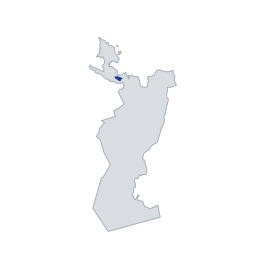 location of Akkurgan, Tashkent, Uzbekistan, rotated 246°
{"feature_id": "79887680B10165721529704", "entity_name": "Akkurgan", "entity_type": "district", "adm_level": 2, "iso_a3": "UZB", "parent_name": "Uzbekistan", "parent_adm1": "Tashkent", "projection": "albers", "projection_center": [69.03, 40.803], "detail": "fine", "context": "in_parent", "style": "filled", "palette": "blue", "viewbox_px": 256, "rotation_deg": 246, "n_neighbors": 0, "source": "geoboundaries", "source_scale": "gbopen_adm2", "svg_char_len": 4527}
<svg xmlns="http://www.w3.org/2000/svg" viewBox="0 0 256 256"><g transform="rotate(246 128 128)"><path d="M195.2,119.3L198.7,117.5L200.6,118.6L200.8,119.2L198.7,120.5L196.8,121.3L196.3,122.9L194.4,123.6L192.5,125.8L189.5,128.1L189.5,128.6L189.8,129.0L190.7,129.2L192.8,130.4L194.7,129.7L195.1,129.8L195.7,130.5L196.2,132.5L197.1,133.1L199.9,134.1L202.0,134.0L203.0,134.4L203.2,134.2L203.2,131.2L204.1,131.7L205.1,131.3L205.4,129.8L205.2,128.8L205.8,128.2L206.2,128.6L206.3,129.5L207.3,130.0L208.1,131.5L208.4,133.2L210.3,133.6L211.0,133.3L211.5,133.4L211.9,135.6L212.1,135.7L213.8,135.3L215.4,136.1L217.2,137.7L219.1,137.7L219.5,138.0L220.9,137.7L222.4,138.0L222.5,138.3L222.3,138.7L218.6,140.8L217.6,142.3L216.8,142.7L214.5,142.1L214.2,142.9L214.6,143.8L214.1,144.7L212.9,144.4L212.7,144.0L211.5,144.2L210.3,145.7L209.7,146.9L208.4,147.3L206.8,148.6L206.0,147.7L204.8,147.8L203.2,146.9L202.4,146.7L195.1,148.2L194.5,148.0L193.7,146.4L191.9,145.5L191.9,144.7L195.6,141.3L196.0,140.2L194.8,139.7L195.0,138.8L192.5,136.1L192.1,136.0L191.8,136.1L190.9,138.1L184.5,141.6L183.6,141.3L182.1,140.0L181.2,139.6L180.0,140.6L180.1,142.0L178.9,143.0L180.0,146.5L179.9,146.9L179.0,147.0L179.6,148.4L179.1,148.5L176.0,148.0L172.4,148.8L172.5,149.4L175.7,149.3L176.2,149.5L176.2,150.0L174.4,150.5L174.2,151.1L175.1,152.6L174.7,153.0L174.0,152.7L173.6,153.7L172.5,153.6L171.9,156.6L171.0,157.7L169.7,158.2L162.1,156.7L160.0,157.6L158.7,159.0L157.8,162.2L157.9,162.6L161.1,163.9L161.6,165.9L165.6,166.1L166.3,166.5L166.6,167.0L166.8,167.5L165.6,170.7L166.0,173.6L166.7,175.0L169.0,177.5L168.9,178.9L168.4,180.1L167.7,181.2L167.0,181.6L165.9,183.0L165.0,184.7L163.3,186.8L162.7,188.1L162.5,191.6L162.0,192.7L161.9,192.2L161.3,191.8L159.5,191.7L159.2,191.2L156.9,192.0L155.4,191.6L154.0,190.1L151.2,189.5L147.6,189.8L147.6,186.1L147.8,183.4L149.1,181.2L149.0,180.8L148.5,180.1L146.3,179.4L143.9,177.6L141.6,176.4L140.3,176.0L138.8,176.6L137.5,176.4L131.5,171.7L126.4,168.3L123.0,164.8L121.3,165.1L116.9,161.8L114.2,158.4L105.0,150.7L103.3,148.9L102.9,148.0L102.5,143.6L101.8,141.5L100.6,140.4L99.8,138.2L98.6,133.0L98.1,132.0L95.4,129.6L93.9,129.0L92.6,129.2L91.9,130.0L91.0,130.0L86.9,128.8L82.3,128.7L78.6,125.7L78.4,125.3L78.5,124.6L79.4,122.9L79.3,122.2L78.9,121.3L79.0,120.4L79.4,120.0L80.1,120.2L80.4,119.9L80.4,119.5L79.5,118.3L77.8,117.2L78.3,116.5L78.5,114.9L78.9,114.1L78.7,113.7L77.4,112.4L73.0,111.8L72.0,111.4L71.2,110.8L70.6,108.9L70.2,108.4L67.3,107.3L64.6,103.8L63.8,105.1L63.2,105.3L60.9,104.7L59.6,105.4L62.1,109.0L62.6,110.0L62.5,110.6L61.6,110.6L61.1,109.0L60.7,108.5L58.0,107.3L57.0,108.2L56.6,109.4L55.2,111.3L53.7,111.5L50.4,111.2L49.4,111.5L48.6,112.0L47.2,113.7L45.3,115.0L45.1,120.9L46.0,122.5L44.7,123.7L33.5,121.2L41.5,67.9L57.6,65.1L69.1,63.3L92.7,82.9L93.2,83.7L93.4,85.2L94.0,86.4L101.9,97.0L115.0,96.0L128.0,97.9L133.1,95.7L136.8,100.3L139.1,101.9L142.2,108.4L145.4,106.8L144.6,114.4L144.2,116.7L143.9,121.3L149.3,121.6L150.2,129.0L151.3,133.6L152.4,134.2L162.6,133.7L163.4,134.1L164.8,133.6L165.7,135.1L166.7,136.1L166.0,139.3L167.2,140.6L170.0,142.2L171.8,142.1L172.1,141.6L172.0,140.8L171.6,140.0L171.7,139.1L171.9,138.4L173.6,136.0L176.4,133.6L177.0,132.7L177.3,131.2L178.3,130.4L180.6,129.4L181.0,128.6L183.8,126.7L187.1,125.5L188.6,124.5L190.0,122.6L192.0,120.6L192.8,120.6L193.4,121.2L193.8,121.2L195.2,119.3ZM194.9,137.4L194.5,136.4L194.0,136.1L193.7,136.2L194.6,137.4L194.9,137.4ZM201.4,152.5L199.2,152.6L199.6,151.1L198.7,150.5L198.6,149.7L198.7,149.1L199.3,148.8L199.9,149.8L201.6,150.3L201.1,151.3L201.5,152.3L201.4,152.5ZM207.9,150.9L207.6,152.2L206.6,151.6L206.7,151.3L207.9,150.9Z" fill="#d9dde1" stroke="#a8b0b8" stroke-width="1"/><path d="M178.0,137.6L177.8,137.8L177.4,138.0L177.2,138.3L177.0,138.5L176.9,138.6L176.6,138.7L176.5,138.8L176.4,139.0L176.2,139.0L175.9,139.0L175.7,139.4L175.7,139.5L175.4,139.7L175.1,139.7L174.9,139.8L174.7,140.0L174.8,140.1L175.0,140.1L175.2,140.3L175.2,140.5L175.3,140.6L175.3,140.8L175.4,141.0L175.5,141.1L175.8,141.2L176.0,141.3L176.1,141.5L176.1,141.8L176.3,141.6L176.4,141.4L177.0,141.1L177.1,140.8L176.6,140.8L176.6,140.5L176.7,140.4L177.0,140.5L177.2,140.4L176.8,140.3L176.8,139.8L176.8,139.6L177.0,139.6L177.1,139.4L177.5,139.1L177.9,139.2L178.3,138.9L178.4,139.2L178.8,139.1L178.8,138.7L178.7,138.5L178.5,138.4L178.4,138.2L178.5,138.0L179.0,138.0L179.0,137.9L178.9,137.8L178.9,137.7L179.1,137.6L179.0,137.4L179.3,137.2L179.0,137.1L178.8,137.1L178.7,137.2L178.5,137.3L178.3,137.4L178.0,137.6Z" fill="#3b82f6" stroke="#1e3a8a" stroke-width="1.5"/></g></svg>